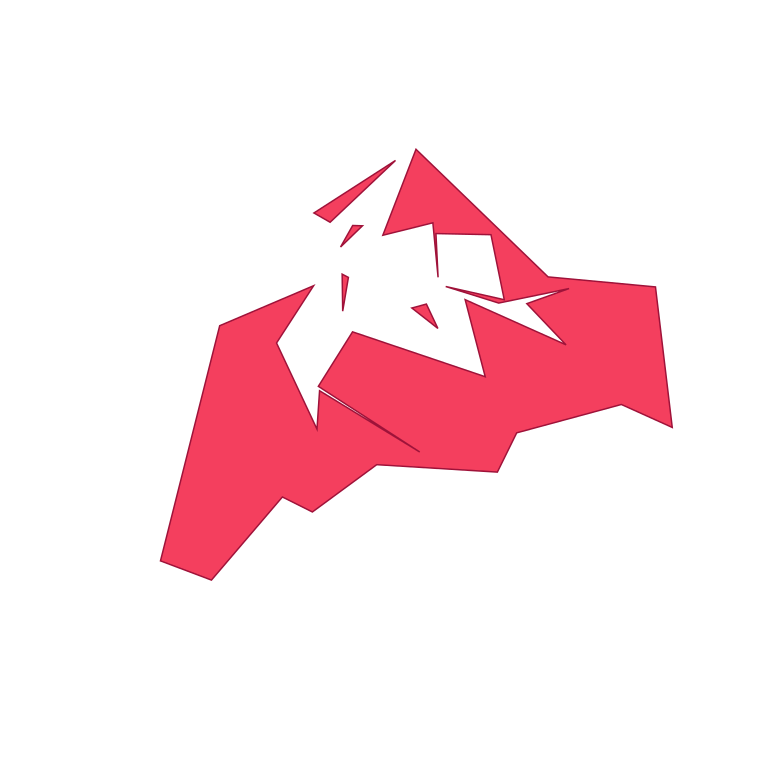 outline of Rogaland, rotated 59°
{"feature_id": "NOR-914", "entity_name": "Rogaland", "entity_type": "County", "adm_level": 1, "iso_a3": "NOR", "parent_name": "Norway", "parent_adm1": "", "projection": "orthographic", "projection_center": [5.997, 59.066], "detail": "coarse", "context": "isolated", "style": "filled", "palette": "rose", "viewbox_px": 768, "rotation_deg": 59, "n_neighbors": 0, "source": "natural_earth", "source_scale": "10m", "svg_char_len": 774}
<svg xmlns="http://www.w3.org/2000/svg" viewBox="0 0 768 768"><g transform="rotate(59 384 384)"><path d="M420.5,666.7L249.4,494.8L263.5,393.7L293.5,455.0L388.2,464.7L356.6,442.7L460.7,388.4L352.2,441.5L323.1,384.1L429.9,293.5L353.5,271.0L444.2,207.8L388.7,220.2L397.5,176.2L373.7,244.0L332.2,280.9L373.7,237.5L311.1,215.4L281.8,262.0L320.4,282.7L271.0,259.1L255.9,308.4L199.3,235.7L376.7,188.2L440.6,101.3L569.7,159.3L523.8,191.1L494.2,295.4L517.9,332.2L449.4,431.8L456.8,511.3L428.5,529.3L463.2,632.9L420.5,666.7ZM198.3,259.0L217.6,346.9L201.3,356.0L198.3,259.0ZM337.3,306.5L364.1,309.2L333.2,321.0L337.3,306.5ZM274.3,359.6L300.3,381.9L268.3,363.3L274.3,359.6ZM237.3,321.0L244.2,350.7L232.0,329.2L237.3,321.0Z" fill="#f43f5e" stroke="#9f1239" stroke-width="1.5"/></g></svg>